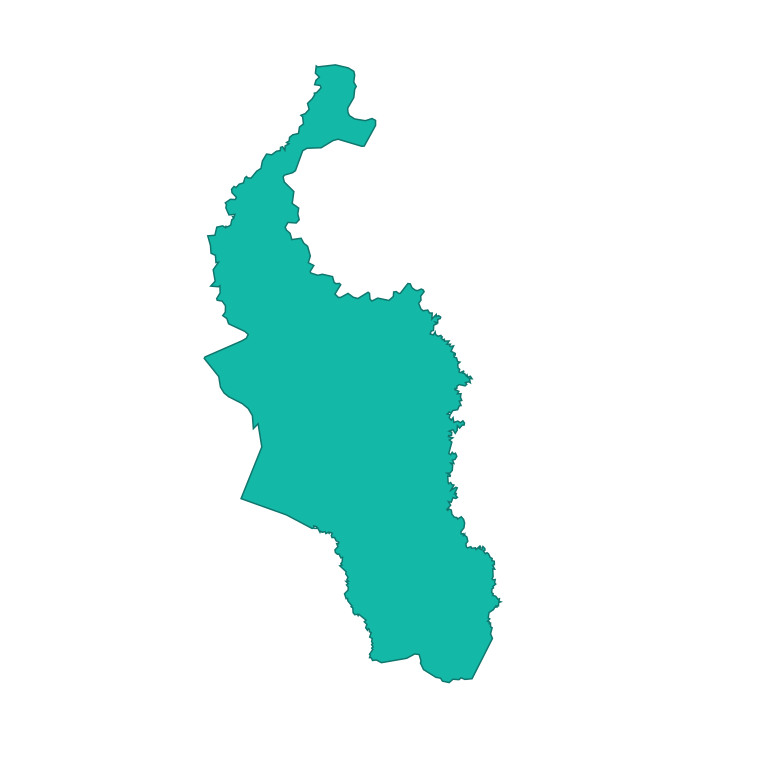 Vinh Cuu, Đồng Nai, Vietnam, rotated 131°
{"feature_id": "81297802B24916871487669", "entity_name": "Vinh Cuu", "entity_type": "district", "adm_level": 2, "iso_a3": "VNM", "parent_name": "Vietnam", "parent_adm1": "Đồng Nai", "projection": "mercator", "projection_center": [107.042, 11.243], "detail": "fine", "context": "isolated", "style": "filled", "palette": "teal", "viewbox_px": 768, "rotation_deg": 131, "n_neighbors": 0, "source": "geoboundaries", "source_scale": "gbopen_adm2", "svg_char_len": 6171}
<svg xmlns="http://www.w3.org/2000/svg" viewBox="0 0 768 768"><g transform="rotate(131 384 384)"><path d="M217.4,555.0L194.4,560.0L190.6,563.3L191.5,567.2L197.5,570.8L203.2,580.0L204.1,586.2L202.6,589.5L199.6,592.4L187.7,594.7L180.6,599.6L177.7,600.1L176.0,604.9L170.1,608.8L167.8,611.9L168.9,618.4L175.0,630.0L188.2,642.1L188.4,643.8L194.4,639.7L194.8,634.1L199.4,634.6L203.6,632.7L200.6,628.1L201.7,625.8L208.4,626.0L210.2,627.4L211.5,626.0L215.9,625.3L222.4,625.8L225.8,620.7L231.6,620.8L235.7,623.0L235.8,620.6L240.6,615.4L245.5,616.4L251.0,612.9L255.7,616.3L259.8,617.1L262.7,615.1L265.7,615.9L265.1,613.3L269.2,614.8L272.6,612.2L271.5,616.2L273.3,617.3L275.9,615.4L278.9,617.9L284.7,619.1L287.5,623.5L295.4,622.1L302.0,618.3L306.9,619.7L315.8,619.4L317.9,622.1L317.6,623.9L319.6,624.2L324.4,622.0L328.2,624.4L332.7,624.5L333.3,626.8L337.1,626.8L339.4,624.1L339.9,618.0L341.1,617.5L342.4,617.3L345.4,621.1L351.4,622.6L352.0,620.6L354.8,618.9L358.1,611.9L353.8,607.8L356.3,606.8L357.0,607.9L357.6,606.1L360.0,606.6L364.5,604.0L367.8,605.0L368.8,606.8L370.0,606.1L370.5,609.5L375.3,613.1L382.7,609.2L387.8,614.2L393.1,606.1L398.8,600.3L397.5,595.6L402.6,590.5L400.6,588.8L409.8,587.9L417.2,578.9L423.8,579.0L419.2,572.7L417.5,572.3L422.8,567.4L429.4,566.3L430.2,564.8L427.6,560.5L429.0,554.9L433.9,550.9L438.2,550.6L437.7,545.5L440.5,540.8L435.6,523.5L435.7,519.0L439.8,517.9L444.5,519.5L481.0,536.8L482.6,536.5L486.8,513.6L493.7,505.3L495.7,498.7L495.5,492.9L491.8,478.1L491.6,470.4L494.2,462.6L503.4,453.3L496.6,452.9L511.7,434.9L564.3,416.7L546.8,371.8L540.2,343.5L538.6,342.4L537.2,343.9L535.9,341.3L536.1,340.3L537.7,340.7L536.3,339.1L537.9,335.0L536.8,335.3L536.5,333.4L534.1,331.6L535.0,329.7L532.4,328.8L532.7,327.4L531.4,327.6L530.6,325.1L533.0,324.3L534.0,322.5L532.3,320.6L533.7,317.3L533.1,314.3L534.5,313.6L535.5,315.0L537.0,312.0L541.4,312.2L543.0,310.2L543.1,307.6L541.9,306.3L543.5,302.5L542.0,301.6L545.7,298.9L547.9,298.7L548.2,296.9L550.2,298.1L550.5,289.5L552.5,288.2L553.4,284.4L556.0,283.6L556.3,281.6L557.9,283.3L558.2,280.0L560.2,280.5L560.8,277.6L563.2,275.9L568.2,276.2L570.9,271.7L569.7,270.9L571.4,268.9L572.5,262.7L573.7,262.7L573.4,260.7L576.9,257.2L577.3,254.7L575.2,253.0L575.8,251.5L574.3,251.8L574.0,242.6L576.4,242.9L576.6,239.2L580.0,237.9L580.7,235.0L578.9,235.5L578.6,234.6L580.5,232.4L580.0,230.6L584.4,228.8L583.8,225.9L586.6,224.3L587.1,222.2L588.8,222.4L589.5,219.8L591.4,220.0L591.7,218.3L597.5,217.6L597.8,216.3L600.0,215.4L599.0,214.0L600.2,211.3L597.3,208.7L596.0,203.1L576.1,186.9L567.6,183.7L565.1,180.0L568.7,174.4L570.7,173.4L573.6,166.8L571.3,152.4L568.9,148.3L569.9,145.0L566.6,138.9L561.6,138.3L557.9,133.4L555.2,133.1L553.9,129.2L548.7,124.2L504.9,135.2L502.6,139.7L497.0,142.5L497.3,144.3L494.6,146.8L495.7,147.3L494.5,148.5L495.1,150.2L491.9,150.1L492.2,151.9L487.6,154.8L482.5,153.4L479.8,153.9L478.2,152.5L477.9,153.7L476.4,152.0L473.7,154.1L471.8,153.0L472.5,154.8L470.4,156.0L471.7,156.7L470.9,160.5L472.2,163.4L470.6,164.0L470.8,165.9L467.8,168.1L466.1,167.6L465.3,169.0L461.7,168.4L461.4,170.2L458.6,171.8L460.2,173.1L460.1,174.6L457.8,175.3L452.2,180.6L451.1,179.0L449.6,183.1L447.9,182.2L445.4,184.5L446.6,186.7L444.7,187.9L445.2,190.0L443.6,193.8L443.8,195.6L445.6,196.1L444.8,199.5L443.2,198.8L442.0,200.0L441.8,202.7L445.0,201.6L445.6,204.0L443.7,203.9L443.3,205.3L448.5,205.9L447.6,207.5L450.5,210.0L449.8,211.7L452.9,213.4L452.9,214.9L450.9,217.4L447.7,217.6L445.1,221.1L445.3,223.7L444.2,224.7L446.2,224.8L445.0,226.1L446.5,227.2L445.1,229.0L440.1,229.3L436.0,232.0L434.0,235.1L433.5,238.6L437.6,239.9L437.0,241.4L438.4,243.6L437.7,247.3L435.0,250.5L435.8,253.4L437.5,253.0L437.5,254.2L431.7,254.2L430.5,258.3L429.1,255.7L424.5,257.4L423.3,254.7L421.4,254.2L421.1,256.7L419.2,257.6L420.6,258.8L414.3,260.6L414.8,262.0L420.2,263.8L414.4,264.9L415.4,266.7L414.6,269.1L416.8,269.8L416.0,271.3L411.7,275.5L410.3,273.5L409.3,274.1L409.9,277.8L407.9,275.7L404.4,275.8L400.2,278.9L400.0,281.6L398.2,279.0L396.5,282.4L394.3,280.9L390.8,281.6L389.3,284.7L391.1,285.4L390.8,287.7L393.5,287.3L394.0,289.5L383.3,294.7L383.4,298.0L379.5,296.8L381.5,300.9L380.4,301.4L378.4,299.4L376.0,301.2L376.9,303.9L373.2,302.0L374.5,297.9L371.0,298.4L367.4,301.2L367.7,298.0L363.8,298.0L362.4,296.6L360.7,297.6L360.0,300.3L363.0,300.9L363.6,304.0L367.2,306.1L364.1,309.8L367.2,309.6L366.7,312.7L363.7,313.9L365.2,316.6L362.2,316.4L362.1,314.1L359.0,314.7L355.1,311.6L351.1,312.9L349.7,311.7L347.5,316.0L345.4,314.5L343.8,317.7L340.8,319.5L343.3,322.2L340.4,322.7L341.8,326.7L340.9,327.5L339.6,326.1L337.7,327.5L335.1,326.9L332.2,321.6L330.0,321.3L329.5,323.5L326.7,321.5L326.4,319.7L323.9,323.2L322.3,321.0L321.5,323.9L324.0,325.2L322.6,327.3L324.0,327.2L323.2,330.0L324.1,332.0L321.5,332.2L325.4,333.9L325.7,335.3L323.3,336.5L323.2,338.9L320.6,341.4L317.7,341.1L318.8,343.1L316.7,346.4L317.7,348.7L315.9,350.4L315.3,349.3L314.2,350.2L315.3,354.9L309.6,356.5L312.1,358.3L312.1,359.7L310.4,360.0L312.7,362.6L308.8,363.1L312.0,366.5L310.7,367.8L312.0,368.5L311.7,370.9L310.3,370.9L310.1,373.0L312.6,374.6L312.8,377.6L311.2,379.5L314.6,379.0L316.0,382.0L313.0,383.1L311.1,381.8L307.1,385.0L304.0,383.7L303.7,385.8L302.6,383.6L300.0,385.8L297.7,384.5L296.3,385.1L296.6,387.7L298.8,388.7L297.3,390.2L303.6,390.5L298.8,394.2L300.6,396.2L299.5,399.5L303.1,402.6L303.1,405.5L300.3,410.8L296.4,411.1L293.7,413.9L288.0,414.3L287.3,416.2L287.9,418.2L291.5,419.9L292.7,422.0L293.0,426.1L291.2,429.9L292.5,431.9L304.8,431.2L306.0,432.2L306.2,435.4L308.2,437.1L311.8,434.4L317.7,435.1L323.3,445.1L329.4,447.6L329.1,450.3L325.1,454.4L325.2,456.2L336.6,459.8L338.7,464.1L339.2,470.6L346.9,473.4L348.6,475.2L348.3,480.0L337.5,481.8L337.3,483.6L339.7,486.0L340.1,488.2L336.7,493.3L341.6,502.5L345.4,505.3L348.3,512.2L347.4,513.6L340.6,514.7L342.1,520.7L335.7,523.6L330.2,532.0L330.4,536.8L328.4,542.2L335.5,548.3L331.9,553.7L331.9,558.4L330.6,561.4L325.1,562.5L320.1,555.9L315.6,555.8L312.3,560.6L307.2,563.8L308.0,571.7L297.9,578.3L297.0,591.7L294.0,595.9L291.7,596.2L284.5,591.6L281.1,590.8L261.3,598.4L256.6,596.8L246.9,586.4L233.8,582.2L229.4,579.3L219.2,556.8L217.4,555.0Z" fill="#14b8a6" stroke="#0f766e" stroke-width="1.5"/></g></svg>